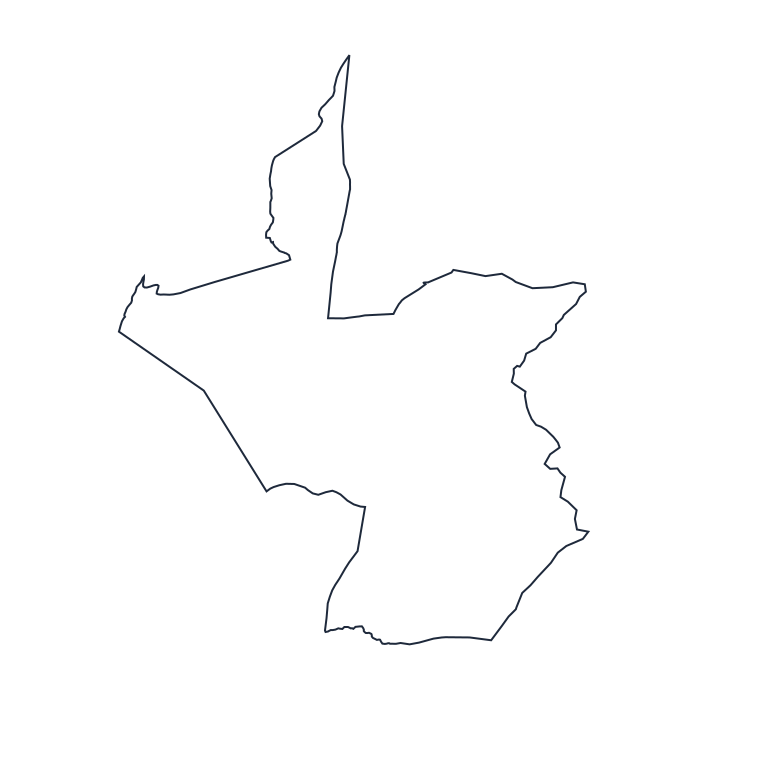 outline of San José Ayuquila, Oaxaca, Mexico, rotated 221°
{"feature_id": "50627088B32404165337072", "entity_name": "San José Ayuquila", "entity_type": "district", "adm_level": 2, "iso_a3": "MEX", "parent_name": "Mexico", "parent_adm1": "Oaxaca", "projection": "natural_earth1", "projection_center": [-97.964, 17.952], "detail": "fine", "context": "isolated", "style": "outline", "palette": "slate", "viewbox_px": 768, "rotation_deg": 221, "n_neighbors": 0, "source": "geoboundaries", "source_scale": "gbopen_adm2", "svg_char_len": 4186}
<svg xmlns="http://www.w3.org/2000/svg" viewBox="0 0 768 768"><g transform="rotate(221 384 384)"><path d="M625.9,609.5L625.7,607.9L625.3,603.7L624.7,598.9L624.0,594.5L622.6,589.4L620.7,584.2L618.8,580.6L616.3,575.6L613.6,572.7L612.8,570.9L611.6,568.1L611.7,565.4L611.9,562.3L611.9,556.6L612.4,551.5L611.6,547.4L610.2,544.9L608.3,543.7L605.2,543.3L603.0,541.8L601.7,537.1L601.3,530.4L615.1,483.8L614.6,481.4L614.0,479.6L612.0,475.4L610.4,472.7L608.8,470.4L607.3,467.7L605.0,464.0L602.8,461.8L599.7,458.7L596.1,456.6L593.9,453.6L590.6,450.5L589.6,448.1L589.2,446.8L587.8,445.2L585.3,442.3L583.0,439.4L581.5,438.0L579.1,437.4L576.4,436.8L576.2,436.5L575.3,435.3L573.9,433.0L573.7,430.1L573.4,428.8L573.2,427.9L572.2,425.7L572.5,423.5L572.4,421.4L570.9,419.2L568.9,417.1L566.0,419.3L564.5,418.4L563.1,417.5L561.7,417.0L560.9,418.3L560.6,418.0L559.7,417.2L557.6,416.6L556.1,416.2L553.0,416.2L550.3,415.8L548.6,416.4L545.4,417.8L545.1,417.7L543.4,418.5L540.2,418.9L536.3,416.4L537.4,414.0L578.7,349.9L592.2,328.3L597.3,319.1L601.7,313.5L604.5,310.6L608.9,307.1L611.3,304.8L613.4,303.5L614.9,303.1L616.0,304.7L616.8,306.6L617.5,308.5L618.6,310.2L620.0,310.1L621.1,309.2L622.7,307.1L624.3,304.2L626.2,301.3L628.0,299.8L629.7,299.7L631.3,301.2L632.6,303.3L633.8,305.4L635.7,307.7L635.7,305.8L635.2,304.4L634.2,301.2L634.3,295.0L633.3,293.1L632.6,291.6L632.0,290.3L631.7,288.2L631.5,286.1L631.3,284.8L630.2,282.9L629.1,281.8L628.1,279.5L628.1,276.5L628.0,273.7L627.4,271.2L626.5,269.1L625.7,266.5L624.8,265.2L623.5,264.8L623.6,262.8L622.9,259.4L620.9,254.8L619.5,252.0L618.4,249.6L515.7,260.8L402.2,225.9L401.7,228.1L401.2,230.4L399.7,233.8L396.6,238.9L392.5,244.4L386.1,249.7L375.5,254.0L373.8,254.0L371.9,254.0L366.0,254.7L360.9,257.3L357.0,264.1L352.9,269.6L348.9,271.1L344.3,272.1L335.1,272.0L327.8,273.3L321.3,276.1L317.6,278.8L294.3,240.5L293.3,226.6L292.2,219.2L290.0,208.0L289.0,200.4L287.7,194.3L285.3,187.9L282.5,181.5L278.5,176.1L273.7,169.5L268.6,161.9L266.8,159.2L265.4,158.5L263.8,160.6L263.5,161.6L262.8,163.3L261.3,164.6L259.5,166.8L258.2,169.6L256.6,170.5L254.7,171.8L254.5,174.6L251.7,177.0L250.3,177.4L248.7,177.8L247.9,178.7L246.5,179.1L246.2,182.0L243.4,185.0L241.7,186.6L239.5,186.1L238.1,185.4L237.2,184.3L236.2,184.1L234.5,184.1L233.3,185.0L232.1,186.4L229.6,187.1L228.5,186.5L227.5,185.4L225.8,185.1L223.2,185.8L221.5,186.2L220.1,187.9L219.2,188.4L217.2,187.6L214.9,187.0L212.8,188.4L211.6,189.8L210.8,191.1L209.9,191.8L209.1,191.9L204.5,195.8L201.6,199.4L193.9,204.3L187.9,211.8L179.6,224.3L174.2,230.5L171.4,233.3L153.1,248.9L135.0,260.9L136.3,278.3L137.4,290.3L136.7,300.5L137.5,302.3L142.6,317.0L141.4,328.3L141.4,339.3L140.7,358.6L142.2,370.7L140.1,381.4L132.3,397.6L132.9,406.6L142.9,400.8L151.4,407.4L155.8,415.1L168.1,415.8L169.9,415.5L176.6,414.4L180.5,420.2L186.5,432.7L192.7,432.8L197.7,434.1L202.9,429.0L210.3,429.1L212.5,439.9L209.8,451.3L214.2,453.8L217.6,454.5L221.4,455.2L226.5,455.5L231.7,455.8L237.5,454.8L242.3,452.9L249.6,454.4L255.1,457.0L261.0,460.3L270.0,467.6L272.2,471.1L285.2,469.4L288.9,469.4L292.8,477.0L296.0,480.5L295.4,485.0L292.9,486.2L293.6,493.6L296.6,500.2L292.6,510.1L293.1,517.5L288.9,528.7L289.4,537.3L293.3,541.8L292.6,550.7L293.6,554.1L291.5,570.4L293.4,578.2L292.2,586.1L297.9,591.0L308.0,584.7L320.1,567.8L334.8,553.7L351.5,547.4L355.6,547.1L367.4,544.5L378.2,532.0L390.8,524.9L405.5,516.2L406.5,515.6L406.2,512.4L417.3,489.8L417.6,488.9L417.5,489.5L420.4,486.8L420.5,486.4L420.3,486.3L418.1,486.4L419.9,478.1L422.8,468.7L424.8,462.2L425.4,458.8L425.2,456.0L425.2,454.1L423.9,447.3L422.8,443.1L443.5,423.2L447.2,418.5L448.0,417.7L453.8,411.2L457.2,407.3L469.4,396.9L470.7,398.8L484.2,417.9L489.3,424.8L496.2,435.3L501.3,444.4L503.7,448.5L504.7,450.3L505.7,451.9L505.9,452.4L506.1,452.6L507.6,454.3L508.9,456.0L509.2,456.4L510.0,457.5L510.8,458.7L511.0,459.0L511.3,459.4L514.3,467.4L514.6,468.1L516.0,471.1L516.6,472.2L518.5,475.6L521.1,480.2L522.2,482.4L522.8,483.4L522.8,483.5L524.2,486.2L524.5,487.0L524.8,487.3L525.7,489.0L526.0,489.4L529.3,495.0L536.5,507.1L537.4,508.8L537.8,509.2L539.1,510.7L540.5,512.2L541.9,513.9L543.8,515.9L558.8,523.7L584.8,551.1L625.9,609.5Z" fill="none" stroke="#1e293b" stroke-width="2"/></g></svg>